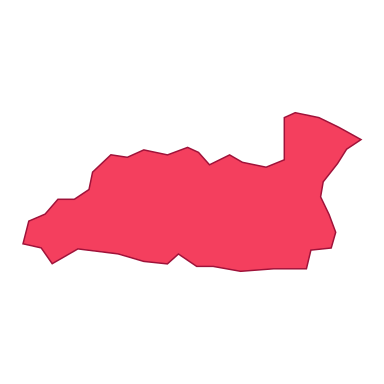 the border of Lipljan
{"feature_id": "KOS-5903", "entity_name": "Lipljan", "entity_type": "District", "adm_level": 1, "iso_a3": "XKX", "parent_name": "Kosovo", "parent_adm1": "", "projection": "orthographic", "projection_center": [21.101, 42.527], "detail": "fine", "context": "isolated", "style": "filled", "palette": "rose", "viewbox_px": 384, "rotation_deg": 0, "n_neighbors": 0, "source": "natural_earth", "source_scale": "10m", "svg_char_len": 672}
<svg xmlns="http://www.w3.org/2000/svg" viewBox="0 0 384 384"><path d="M28.8,221.1L45.1,214.1L57.9,199.3L74.3,199.3L89.0,189.5L92.6,172.1L110.9,154.8L127.3,157.3L143.8,149.9L167.5,154.9L187.6,147.4L198.5,152.4L209.5,164.8L229.6,154.9L242.4,162.3L266.1,167.2L284.3,159.8L284.3,139.9L284.3,117.6L295.2,112.7L318.9,117.6L339.0,127.4L361.0,139.6L346.6,149.2L337.5,163.6L323.2,181.8L320.6,196.9L329.1,214.6L335.7,232.3L331.2,248.0L310.9,250.1L306.4,268.8L273.5,268.8L240.6,271.3L213.2,266.4L196.7,266.4L178.4,254.0L167.4,263.9L143.7,261.4L118.1,253.9L98.0,251.4L77.9,248.9L52.2,263.7L41.2,247.9L23.0,243.8L28.8,221.1Z" fill="#f43f5e" stroke="#9f1239" stroke-width="1.5"/></svg>